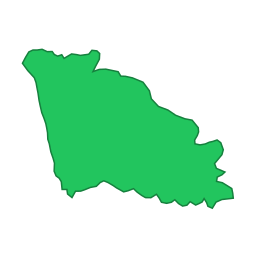 Miraguaí, Rio Grande do Sul, Brazil, rotated 183°
{"feature_id": "56859067B90024458991146", "entity_name": "Miraguaí", "entity_type": "district", "adm_level": 2, "iso_a3": "BRA", "parent_name": "Brazil", "parent_adm1": "Rio Grande do Sul", "projection": "albers", "projection_center": [-53.751, -27.495], "detail": "fine", "context": "isolated", "style": "filled", "palette": "green", "viewbox_px": 256, "rotation_deg": 183, "n_neighbors": 0, "source": "geoboundaries", "source_scale": "gbopen_adm2", "svg_char_len": 1542}
<svg xmlns="http://www.w3.org/2000/svg" viewBox="0 0 256 256"><g transform="rotate(183 128 128)"><path d="M57.9,132.0L64.4,139.2L71.8,140.2L81.1,143.2L89.0,148.0L98.7,151.1L106.2,158.3L108.6,166.3L112.5,171.0L115.4,174.5L126.2,178.3L133.4,179.5L137.9,179.4L140.8,183.7L153.2,185.6L159.8,185.0L165.9,182.5L163.7,187.7L160.2,195.2L160.2,200.9L163.1,203.4L168.1,203.7L171.1,199.6L179.4,198.0L183.1,198.6L188.2,199.0L195.5,194.2L198.0,197.7L202.0,196.1L205.4,197.5L207.7,200.4L212.7,200.0L217.9,202.1L222.9,201.1L227.0,200.9L231.0,198.8L234.0,193.2L236.8,187.1L231.0,180.0L224.2,173.3L222.2,168.5L221.0,163.4L219.7,158.2L218.3,151.1L216.9,145.8L214.9,138.8L212.3,133.1L210.3,128.1L209.2,123.8L208.1,119.0L207.5,112.6L205.8,108.2L203.8,100.2L201.2,93.8L199.6,89.1L199.5,81.0L197.3,76.4L194.1,74.3L191.8,70.9L190.6,63.2L185.8,63.4L184.9,58.9L180.3,55.6L177.1,62.1L171.9,62.5L168.2,64.0L162.4,66.7L156.6,68.1L152.9,72.1L149.4,74.0L145.1,72.5L139.7,69.7L136.3,67.6L132.6,65.8L129.0,64.0L124.7,65.3L119.3,67.7L115.6,64.5L110.8,61.4L106.9,59.4L101.5,59.6L96.1,63.3L93.3,59.8L90.7,55.6L85.5,54.8L80.8,56.1L77.5,58.8L73.6,55.2L69.4,52.9L65.1,54.0L62.1,57.7L56.4,54.6L53.2,56.2L50.1,58.0L48.3,61.5L45.6,57.6L44.1,54.0L39.6,52.3L36.2,58.6L30.5,61.5L19.2,63.4L20.0,68.4L21.2,73.0L30.9,78.3L36.8,79.3L36.3,83.7L31.7,86.2L28.9,89.1L37.6,92.3L39.7,97.0L32.8,106.3L31.7,111.3L34.6,118.2L38.4,120.7L42.7,119.0L46.0,118.1L50.0,116.1L55.2,114.9L60.3,115.7L60.8,119.5L58.4,124.1L57.3,127.8L57.9,132.0Z" fill="#22c55e" stroke="#15803d" stroke-width="1.5"/></g></svg>